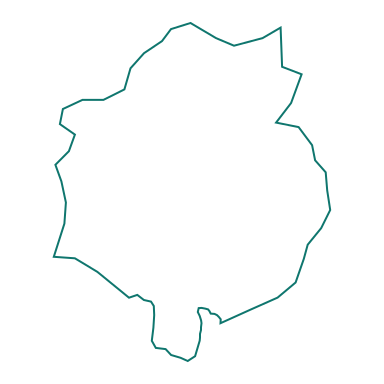 outline of Tseri, Nicosia, Cyprus
{"feature_id": "46923920B56120235345444", "entity_name": "Tseri", "entity_type": "district", "adm_level": 2, "iso_a3": "CYP", "parent_name": "Cyprus", "parent_adm1": "Nicosia", "projection": "albers", "projection_center": [33.334, 35.064], "detail": "fine", "context": "isolated", "style": "outline", "palette": "teal", "viewbox_px": 384, "rotation_deg": 0, "n_neighbors": 0, "source": "geoboundaries", "source_scale": "gbopen_adm2", "svg_char_len": 988}
<svg xmlns="http://www.w3.org/2000/svg" viewBox="0 0 384 384"><path d="M280.6,27.6L262.6,38.1L234.0,45.7L216.0,38.1L190.5,23.0L171.0,29.1L162.0,41.1L144.0,53.2L130.5,68.3L124.4,89.4L103.4,99.9L82.4,99.9L62.9,109.0L59.9,124.1L74.9,134.6L68.9,151.2L55.4,164.8L61.4,181.4L65.9,202.5L64.4,223.6L53.8,256.8L74.9,258.3L97.4,271.9L129.0,297.7L137.3,294.9L143.9,300.0L151.0,301.6L153.8,306.0L154.2,315.1L153.4,327.7L151.8,340.8L155.8,347.9L165.6,349.1L171.1,355.0L180.6,357.8L187.7,361.0L195.1,356.2L199.7,340.7L200.0,337.7L200.0,333.9L201.0,330.0L201.0,327.2L201.5,323.2L201.1,320.4L199.7,315.9L197.8,312.0L198.7,308.1L201.5,307.9L205.2,308.6L208.1,309.4L209.5,311.2L210.7,313.6L214.5,313.9L217.0,315.1L218.9,317.0L220.7,319.3L220.5,323.2L250.6,309.6L277.6,297.6L295.6,282.5L303.8,258.9L307.7,244.7L321.2,228.1L330.2,210.0L327.2,190.4L325.7,172.3L315.1,160.3L312.1,145.2L298.6,127.1L276.1,122.6L291.1,103.0L301.6,74.3L282.1,66.8L280.6,27.6Z" fill="none" stroke="#0f766e" stroke-width="2"/></svg>